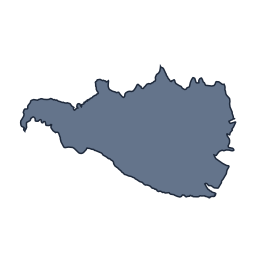 SVG path tracing the border of Tocantins, rotated 275°
{"feature_id": "BRA-596", "entity_name": "Tocantins", "entity_type": "State", "adm_level": 1, "iso_a3": "BRA", "parent_name": "Brazil", "parent_adm1": "", "projection": "mercator", "projection_center": [-48.148, -9.274], "detail": "fine", "context": "isolated", "style": "filled", "palette": "slate", "viewbox_px": 256, "rotation_deg": 275, "n_neighbors": 0, "source": "natural_earth", "source_scale": "10m", "svg_char_len": 5854}
<svg xmlns="http://www.w3.org/2000/svg" viewBox="0 0 256 256"><g transform="rotate(275 128 128)"><path d="M192.2,155.0L191.6,155.4L191.2,156.1L190.9,157.4L190.0,158.3L185.8,160.7L185.0,161.3L183.7,161.7L182.4,162.9L181.0,163.6L179.8,164.9L178.2,166.2L178.1,167.1L178.9,167.5L179.0,168.1L180.0,169.5L180.0,169.9L179.3,170.4L177.8,170.9L176.5,171.8L174.8,175.1L174.0,177.3L172.3,178.7L171.3,180.9L171.4,181.7L171.8,182.5L173.2,183.3L174.0,185.0L174.6,185.6L178.8,186.2L181.1,186.9L183.1,187.8L183.8,188.3L183.8,188.9L183.3,190.1L182.8,190.4L179.7,191.6L179.1,192.1L178.9,192.7L179.1,194.1L179.3,194.7L181.0,194.4L181.9,194.5L183.4,195.3L184.2,196.6L184.0,197.0L182.7,197.9L180.6,198.8L179.6,200.2L177.6,201.3L177.3,201.7L177.1,207.9L177.8,210.0L179.2,210.9L181.1,211.4L181.7,211.7L181.9,212.1L181.9,214.5L179.8,218.0L179.7,219.0L180.0,219.9L178.2,220.8L177.1,221.1L174.5,221.2L173.4,221.8L170.8,222.4L169.3,223.3L166.6,226.2L165.9,226.7L163.4,227.2L160.9,227.1L157.8,227.8L152.9,230.4L151.6,230.5L148.8,231.8L147.1,232.1L146.5,233.2L146.3,233.0L146.0,231.8L145.1,230.8L144.9,230.0L144.1,229.1L143.6,228.0L143.2,228.0L141.9,229.0L141.5,229.7L143.3,234.1L143.3,234.6L143.0,234.7L138.2,233.0L136.1,231.7L135.7,231.7L135.2,232.1L134.9,232.1L132.5,230.4L131.2,230.0L130.1,230.0L130.0,229.8L130.1,229.2L130.8,227.4L130.6,227.0L130.2,227.0L128.6,227.7L126.0,229.8L124.5,230.3L122.0,230.4L118.9,229.3L117.8,229.6L117.4,230.2L116.9,234.0L116.3,234.8L115.3,235.4L114.8,235.1L114.4,234.0L114.4,232.9L114.8,230.8L114.7,227.8L113.7,225.5L114.0,224.1L113.9,223.4L113.2,221.9L112.3,220.8L110.6,219.6L108.5,218.4L108.3,217.7L108.6,216.1L107.1,216.8L105.1,218.2L101.0,225.3L99.5,228.8L99.2,229.7L99.1,231.4L98.8,231.8L98.4,231.9L97.9,231.8L95.3,230.6L94.1,230.2L91.0,229.9L85.2,227.1L83.7,226.0L83.1,225.8L81.6,225.8L76.2,223.2L75.9,222.4L75.9,219.3L76.2,218.5L77.7,216.1L77.8,215.2L77.7,213.4L79.4,211.5L79.6,210.9L79.6,210.1L79.0,209.4L75.7,211.6L73.8,213.2L73.6,213.9L72.4,215.4L72.1,216.7L71.4,217.3L70.9,220.1L70.4,221.1L69.0,221.0L68.3,220.6L68.2,220.4L68.4,220.1L67.5,220.1L67.2,219.2L67.2,217.9L66.7,216.2L65.7,215.5L65.5,214.9L65.7,214.7L66.0,214.9L66.2,214.7L66.1,213.7L66.6,212.0L66.6,210.9L67.0,210.6L67.1,210.2L66.7,207.0L66.8,206.0L66.4,205.1L65.9,204.6L65.6,203.9L65.3,200.0L65.3,198.8L65.9,198.1L65.8,197.0L66.2,196.5L66.3,196.0L66.2,195.7L65.4,195.2L65.0,193.1L64.5,192.1L64.7,191.3L65.9,190.0L66.1,188.3L65.8,187.9L64.5,187.1L63.8,185.7L64.2,183.1L65.0,180.6L65.6,179.4L65.8,176.3L66.4,175.2L67.0,174.8L67.1,174.2L66.5,170.7L67.1,169.5L66.8,167.9L67.4,167.1L67.8,166.1L67.8,165.0L67.4,164.1L67.5,163.5L68.1,162.4L68.8,162.1L69.2,161.2L69.5,161.0L69.4,160.0L70.1,159.0L70.2,157.3L71.9,155.3L72.4,154.2L72.9,151.9L72.7,150.3L73.2,149.1L75.1,146.9L75.7,144.2L77.2,141.6L78.0,139.6L78.6,139.1L79.0,138.5L79.2,137.4L80.0,135.5L80.3,132.8L81.2,130.3L81.5,128.5L82.9,127.0L83.4,125.9L84.8,124.6L86.3,122.4L87.2,121.4L87.6,120.9L87.9,120.1L88.3,119.6L88.8,118.7L89.2,118.2L91.1,116.9L92.7,116.5L93.2,116.2L94.1,115.3L94.4,114.3L95.7,112.6L95.9,112.0L95.7,111.7L96.4,110.2L96.7,110.1L97.6,108.4L98.9,105.5L100.3,104.4L100.8,103.7L102.8,97.4L102.8,96.6L103.6,95.7L103.7,93.6L104.3,91.5L104.3,89.9L104.5,89.0L104.0,88.6L102.9,88.3L99.7,85.8L99.0,84.8L98.6,83.7L98.6,82.4L99.0,81.1L103.0,76.2L103.8,74.6L103.8,70.3L103.0,67.2L103.1,66.2L103.6,65.6L108.4,62.5L111.4,61.5L112.6,61.4L113.4,60.9L116.8,59.4L117.5,58.6L117.6,57.9L117.5,56.8L117.4,56.3L117.2,56.2L118.8,53.5L121.5,51.3L122.5,51.1L124.4,51.6L124.7,51.5L124.7,50.7L123.9,50.0L123.5,48.5L123.5,46.3L123.8,45.9L126.1,45.3L127.1,44.7L127.1,43.6L126.7,43.1L125.9,42.8L125.7,42.1L125.9,41.6L126.7,41.1L128.2,40.8L128.6,40.5L128.7,40.0L128.5,39.4L126.9,37.8L126.8,35.7L127.0,35.1L127.5,34.9L129.2,34.7L129.6,34.5L130.8,33.0L130.8,32.5L130.3,31.7L129.4,30.9L129.1,30.3L127.5,30.1L126.8,29.7L124.7,26.5L124.2,26.4L120.8,26.7L120.1,27.0L118.1,26.4L116.7,25.6L115.8,25.5L117.0,24.3L117.9,24.2L118.4,24.3L118.8,24.8L119.0,24.6L119.5,24.1L120.4,21.9L121.6,21.1L123.7,20.6L125.7,20.6L126.4,21.0L130.5,23.0L131.5,23.2L132.8,23.2L133.3,23.0L134.0,22.5L134.5,22.3L137.0,22.9L137.9,23.6L138.1,25.4L138.3,25.9L138.6,26.2L139.1,26.4L140.6,26.2L141.6,26.4L144.9,28.5L146.4,28.7L146.9,29.2L147.4,29.9L148.1,31.6L147.8,35.5L148.6,36.4L148.9,37.4L149.6,38.8L149.6,39.9L149.2,41.6L149.3,44.9L149.7,46.9L150.6,48.3L150.5,49.4L149.6,51.3L149.9,52.2L149.4,53.5L149.4,54.0L149.7,54.6L148.6,56.3L148.5,57.7L147.7,60.3L148.0,61.2L147.5,62.7L147.4,64.3L147.8,65.2L147.3,67.7L147.0,68.4L145.1,69.9L143.7,72.3L142.5,71.9L141.5,72.4L141.1,73.2L141.8,74.0L143.2,75.0L143.6,76.2L145.1,75.1L147.0,75.4L147.7,76.0L148.0,77.0L147.6,78.1L145.8,79.0L145.0,79.7L145.4,79.9L147.2,79.8L148.2,81.9L148.6,82.1L149.1,81.9L149.7,82.0L149.9,82.5L149.8,83.1L150.8,83.4L151.2,84.5L151.3,85.2L151.7,85.4L151.8,84.7L152.1,84.8L152.6,85.5L152.6,86.0L153.0,86.4L153.0,87.2L154.1,87.7L154.9,89.3L155.3,89.8L156.3,90.4L157.7,92.4L158.2,93.5L159.0,93.9L159.7,95.2L160.1,95.3L161.1,95.0L161.8,94.2L163.6,93.1L165.9,92.8L166.8,92.2L169.4,91.9L170.5,91.5L171.2,91.7L171.9,92.6L173.3,93.2L174.0,95.9L173.0,98.5L173.4,99.4L173.0,100.3L172.9,101.5L172.0,102.3L172.7,103.7L173.4,104.3L173.1,104.5L169.0,104.5L167.5,104.7L165.6,105.5L164.7,106.3L163.3,109.3L162.8,112.1L162.2,113.3L162.8,115.3L162.7,115.7L160.8,117.3L158.6,119.6L158.1,120.7L158.1,121.1L159.2,121.9L161.6,122.0L163.0,122.9L164.3,124.8L164.7,126.2L164.7,128.6L165.2,129.7L166.6,130.9L168.8,132.1L171.4,133.1L172.1,133.5L172.3,134.0L172.2,134.6L171.0,135.9L170.5,137.2L170.1,137.5L169.3,137.6L168.9,138.1L168.7,138.8L168.7,139.7L169.0,140.0L170.0,140.5L171.1,141.5L173.2,142.9L174.0,144.5L174.0,146.7L174.9,147.7L175.4,148.8L176.6,149.8L177.0,150.8L178.5,151.3L180.3,150.9L181.1,150.9L183.7,151.8L185.4,153.7L187.4,154.7L190.5,155.0L192.2,155.0Z" fill="#64748b" stroke="#1e293b" stroke-width="1.5"/></g></svg>